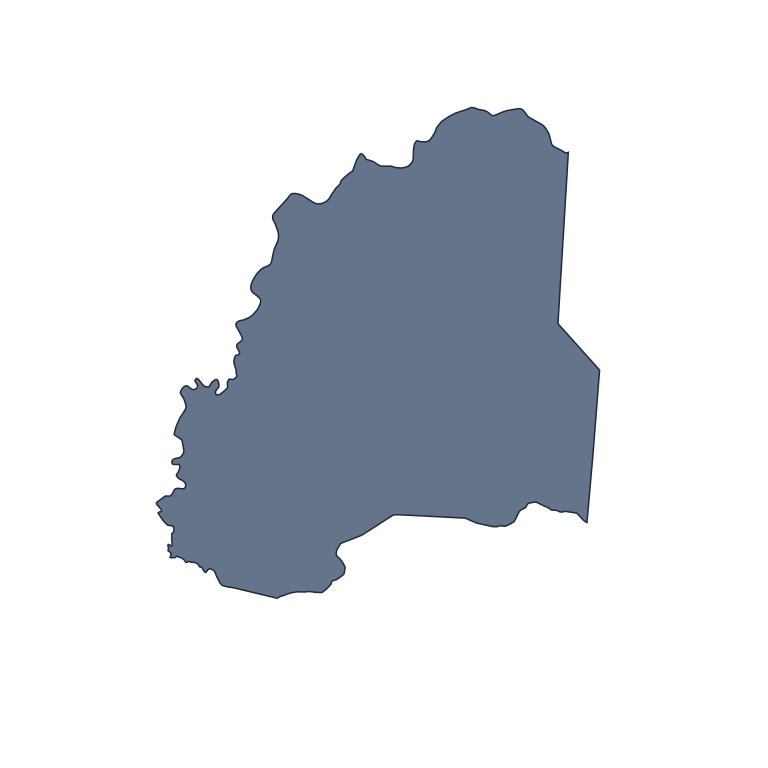 San Marcos, Santa Bárbara, Honduras (Natural Earth projection), rotated 333°
{"feature_id": "27666195B40809128774202", "entity_name": "San Marcos", "entity_type": "district", "adm_level": 2, "iso_a3": "HND", "parent_name": "Honduras", "parent_adm1": "Santa Bárbara", "projection": "natural_earth1", "projection_center": [-88.436, 15.258], "detail": "fine", "context": "isolated", "style": "filled", "palette": "slate", "viewbox_px": 768, "rotation_deg": 333, "n_neighbors": 0, "source": "geoboundaries", "source_scale": "gbopen_adm2", "svg_char_len": 6171}
<svg xmlns="http://www.w3.org/2000/svg" viewBox="0 0 768 768"><g transform="rotate(333 384 384)"><path d="M123.7,445.7L126.0,449.7L126.2,450.7L126.2,451.3L126.4,452.7L127.1,453.5L129.4,453.3L130.1,454.0L131.1,455.2L133.8,456.7L135.1,457.9L136.2,459.7L136.9,463.5L137.5,464.0L138.3,464.3L138.5,465.4L138.5,466.9L138.8,469.6L139.3,470.8L140.5,470.8L141.9,469.9L143.3,469.4L144.8,469.5L146.3,470.7L147.2,472.2L147.9,473.6L147.9,476.2L147.5,479.2L147.5,485.3L147.7,487.8L148.4,490.1L152.5,493.8L157.0,496.9L191.7,526.5L193.3,526.2L194.9,526.2L199.8,527.1L201.3,527.1L204.4,527.6L207.4,528.2L212.4,529.8L218.5,533.1L221.1,534.2L222.9,534.8L228.7,538.7L231.1,540.0L232.8,541.1L233.9,541.5L235.2,541.5L240.5,540.3L244.9,538.8L245.8,538.4L247.3,536.8L248.4,536.1L249.6,536.1L252.8,536.7L254.4,536.6L256.2,536.4L261.3,535.4L262.4,534.8L265.5,530.7L266.1,529.7L266.3,528.6L266.1,524.2L265.9,522.3L265.4,520.1L264.4,517.2L264.0,515.8L264.0,514.8L264.3,513.7L265.1,512.2L266.6,510.6L268.1,509.5L273.1,506.4L294.8,508.6L297.2,508.5L332.9,504.9L337.8,507.2L395.5,540.4L398.9,544.6L402.1,548.3L403.0,549.6L415.5,560.0L417.8,561.4L419.9,562.4L423.8,563.2L425.5,564.7L427.7,565.9L433.7,566.0L437.5,565.7L438.8,564.9L444.8,560.3L446.9,559.0L448.0,558.6L449.2,558.3L451.7,558.5L454.1,558.3L457.9,555.9L460.7,556.4L463.2,557.2L465.8,558.2L466.3,558.7L471.3,565.5L473.6,568.1L474.6,569.7L475.5,571.6L476.3,572.6L478.2,573.6L480.2,574.9L480.8,575.4L481.7,576.8L483.1,578.2L484.7,578.9L488.4,580.1L490.1,581.6L492.0,582.8L496.8,586.4L497.3,587.1L497.6,588.0L499.8,595.9L500.7,597.7L501.9,599.6L537.0,543.6L582.4,469.5L566.4,409.2L653.4,261.3L652.5,261.2L651.7,261.0L650.8,260.3L649.9,259.4L647.1,254.9L643.9,250.8L642.6,248.3L642.3,247.2L642.3,246.2L644.5,236.3L644.3,231.3L643.8,228.0L643.1,225.9L642.1,223.9L634.1,212.0L633.3,209.3L632.9,206.0L632.5,204.2L632.0,202.7L631.2,201.4L630.0,200.3L628.0,199.4L618.0,196.3L613.2,195.5L605.9,195.0L603.6,194.7L602.9,194.5L602.4,194.1L601.9,193.3L600.0,189.1L599.0,187.5L598.1,186.4L595.6,184.2L592.5,182.0L590.7,179.9L589.2,178.5L587.9,177.6L587.1,177.2L585.6,177.0L582.6,176.9L570.5,175.1L562.8,175.2L555.3,176.1L553.6,176.6L548.0,179.1L546.5,180.1L544.2,182.4L539.9,185.3L536.4,187.1L534.2,187.6L532.1,187.4L529.9,186.6L526.3,184.5L524.3,182.5L523.7,182.3L522.9,182.3L521.8,182.9L520.2,184.0L518.1,186.5L516.8,188.4L511.7,197.5L511.2,198.1L509.4,199.2L507.3,200.2L505.3,200.7L503.3,200.9L499.9,200.3L496.7,199.0L492.5,196.3L489.1,193.0L484.2,190.6L479.9,188.2L477.9,185.3L475.6,181.2L472.3,177.8L470.2,175.8L470.0,175.3L470.0,173.2L469.5,170.5L468.8,169.0L468.0,168.4L467.0,168.5L465.7,169.1L461.2,172.0L453.4,179.4L452.8,179.9L452.2,180.1L449.4,180.3L445.9,181.1L442.2,182.0L438.9,183.1L437.5,183.8L436.2,185.3L435.3,186.0L433.8,186.6L431.1,187.3L428.9,188.3L424.6,190.6L419.3,193.9L416.9,194.8L414.0,195.2L411.9,195.1L409.7,194.7L407.5,193.9L406.2,193.1L404.9,191.9L403.6,190.3L397.5,180.0L396.5,178.6L394.7,176.5L391.8,174.2L389.6,173.0L387.7,172.6L385.9,173.0L382.2,174.9L363.8,181.8L362.6,182.5L361.4,183.5L360.4,185.0L359.8,186.7L359.7,188.3L359.9,191.2L358.8,199.2L358.2,202.0L357.0,204.8L355.6,206.9L354.3,208.4L347.3,214.2L343.6,218.5L339.9,223.3L338.4,224.9L337.7,225.4L336.9,225.7L334.8,226.0L332.9,226.0L330.0,225.6L327.8,225.8L326.2,226.1L322.4,227.4L319.7,228.6L316.0,230.8L312.8,233.1L311.1,234.8L309.8,236.4L309.1,237.5L308.5,238.9L308.3,240.2L308.3,241.8L308.6,243.0L311.6,249.5L312.3,251.8L312.2,252.9L311.8,254.0L310.8,255.6L309.8,256.6L307.9,258.2L304.9,260.2L297.8,263.1L294.0,263.5L290.6,263.4L287.3,263.0L284.6,262.2L282.9,262.0L280.9,262.3L280.1,262.7L279.5,263.2L278.8,264.3L278.5,265.9L278.7,269.9L278.9,275.6L278.7,278.1L278.4,279.5L277.8,280.2L276.5,280.8L275.3,281.1L273.0,281.4L271.4,281.9L270.7,282.3L270.0,283.1L269.7,284.3L269.5,285.9L269.7,289.2L269.5,290.3L269.1,291.1L268.4,291.5L266.9,291.8L266.1,291.7L265.2,291.2L264.7,291.2L263.1,292.5L261.0,294.8L260.2,296.3L259.7,297.6L258.5,304.6L257.2,307.2L256.8,309.5L256.5,310.0L256.0,310.5L254.2,311.2L251.4,311.6L248.8,309.5L247.9,309.6L246.5,310.3L245.4,311.3L244.2,313.3L243.6,315.3L243.1,315.9L242.4,316.4L240.1,317.3L236.8,318.1L233.2,318.7L231.6,318.6L230.7,318.2L229.9,317.5L229.6,316.6L229.8,315.5L230.3,314.6L230.9,313.8L235.3,311.8L235.9,311.1L236.9,308.9L237.5,306.5L237.4,304.7L237.1,304.2L236.7,303.8L235.4,303.5L231.5,304.2L226.7,307.1L226.4,307.1L225.8,306.8L224.0,305.5L222.8,304.2L222.1,301.8L220.8,295.9L220.1,294.5L219.7,294.1L219.3,293.9L218.1,294.3L217.1,295.1L217.0,296.5L217.3,299.5L217.2,300.6L216.8,301.4L216.2,302.2L215.6,302.5L214.8,302.8L212.7,302.8L211.8,302.6L211.2,302.2L210.4,301.3L209.7,300.2L208.2,296.8L207.5,296.1L206.5,295.6L205.0,295.6L202.8,296.1L200.8,297.2L199.3,298.5L198.6,299.3L198.4,300.0L198.9,306.5L198.6,309.1L197.8,313.0L197.5,314.2L197.0,315.0L196.2,315.8L195.1,316.7L186.9,321.5L183.3,324.3L178.8,328.1L174.2,333.5L174.1,333.9L174.5,334.9L177.8,340.6L178.4,342.5L178.3,343.2L175.6,352.1L175.0,353.3L174.1,354.3L172.7,355.3L171.1,356.1L169.5,356.7L168.4,356.8L163.6,355.5L162.4,355.5L161.4,355.6L160.7,355.9L160.0,356.6L159.4,357.5L159.1,358.8L159.7,360.0L164.7,362.6L164.9,362.9L165.0,363.5L165.0,364.2L164.7,364.9L162.5,367.6L160.9,368.9L158.2,370.4L157.7,370.9L157.4,371.7L157.7,373.8L158.7,376.0L160.3,378.0L161.2,379.7L161.7,381.1L161.8,382.0L161.7,383.2L161.3,384.2L160.7,385.2L159.3,386.2L158.6,386.4L157.9,386.3L157.1,386.0L152.7,383.2L151.6,382.9L150.3,382.8L149.0,383.1L147.2,384.6L145.7,385.6L144.3,386.3L143.3,386.6L142.0,386.5L138.2,384.5L128.0,386.2L127.4,386.5L127.0,387.0L126.9,387.7L126.9,388.5L128.4,394.1L128.5,395.6L128.2,396.2L127.7,396.4L124.9,396.0L124.4,396.1L124.1,396.4L124.8,402.7L125.5,406.6L126.9,411.3L129.4,413.3L131.4,414.6L131.4,416.8L130.6,418.9L129.8,419.9L128.9,420.5L127.2,420.9L126.6,421.5L125.4,424.2L124.2,426.4L122.9,429.6L122.2,430.9L121.7,431.6L121.1,431.8L120.7,431.6L120.0,430.0L119.4,429.2L118.8,429.0L118.3,429.4L117.2,433.0L115.9,434.2L116.1,435.0L117.3,437.3L117.3,437.9L116.3,440.0L115.4,440.6L114.6,441.4L116.2,442.7L117.6,443.1L118.9,443.8L121.3,443.4L121.6,443.5L122.4,445.1L123.1,445.2L123.7,445.7Z" fill="#64748b" stroke="#1e293b" stroke-width="1.5"/></g></svg>